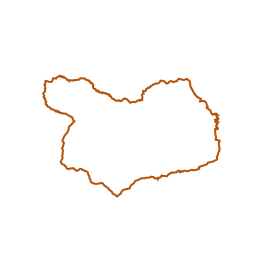 outline of Moroeni, Dâmbovita, Romania, rotated 292°
{"feature_id": "2599482B64065546523837", "entity_name": "Moroeni", "entity_type": "district", "adm_level": 2, "iso_a3": "ROU", "parent_name": "Romania", "parent_adm1": "Dâmbovita", "projection": "albers", "projection_center": [25.447, 45.318], "detail": "fine", "context": "isolated", "style": "outline", "palette": "amber", "viewbox_px": 256, "rotation_deg": 292, "n_neighbors": 0, "source": "geoboundaries", "source_scale": "gbopen_adm2", "svg_char_len": 5828}
<svg xmlns="http://www.w3.org/2000/svg" viewBox="0 0 256 256"><g transform="rotate(292 128 128)"><path d="M173.0,202.0L172.3,201.8L172.0,201.3L172.7,200.4L173.1,199.4L175.0,198.0L175.5,196.7L175.5,195.9L176.0,194.6L175.9,193.9L176.3,193.8L176.4,193.6L176.7,194.0L177.7,193.9L178.8,192.3L179.9,191.7L181.3,190.0L181.6,189.2L181.0,187.7L181.0,187.2L179.7,184.8L182.3,184.7L182.3,182.9L182.8,181.6L182.5,181.1L182.6,180.6L183.1,180.0L183.2,179.1L184.3,177.8L184.2,177.1L184.8,176.9L186.2,174.8L186.5,174.6L186.5,174.3L188.8,171.9L188.8,171.5L189.8,170.4L191.4,169.5L192.2,169.3L193.1,168.3L194.5,167.9L194.9,166.8L194.9,165.9L195.6,164.4L195.2,164.2L194.7,163.0L193.9,162.5L193.4,161.8L193.1,160.4L193.2,159.0L192.8,158.3L192.8,156.9L191.6,156.1L189.9,155.9L188.4,153.8L187.4,152.7L187.7,151.3L187.7,150.4L187.4,149.9L185.9,148.7L184.7,148.5L183.7,147.3L183.6,146.7L184.1,146.1L184.4,145.0L185.0,143.8L185.0,143.1L184.1,141.0L184.1,140.5L183.1,140.4L181.2,139.7L179.9,138.1L179.2,136.6L178.3,136.0L177.5,134.8L176.5,134.5L174.9,133.1L174.0,133.3L173.3,132.4L173.0,131.7L172.6,131.9L172.1,131.2L171.4,130.8L171.0,130.3L170.1,130.2L169.4,130.5L168.7,130.3L168.3,129.5L168.2,128.4L168.0,128.1L165.9,129.2L165.6,129.6L165.3,129.1L164.7,128.8L163.7,128.5L162.8,129.4L161.6,130.0L160.2,130.1L159.3,130.7L159.1,130.1L158.5,129.6L158.5,128.6L157.9,128.7L157.3,126.9L154.7,125.1L154.0,122.7L152.7,120.9L152.2,120.7L154.1,116.6L154.0,115.6L154.3,113.8L152.6,112.6L150.9,112.1L150.7,111.3L149.9,110.8L150.2,109.7L150.1,108.9L149.7,108.6L149.3,108.0L148.7,105.9L149.6,104.3L149.3,103.2L149.6,101.5L150.9,100.5L151.2,99.5L150.8,99.0L150.9,98.3L152.0,98.1L152.0,97.2L151.7,96.6L151.9,96.2L151.4,95.4L151.6,94.6L151.9,94.4L151.4,92.7L151.4,91.7L150.6,90.8L151.1,90.6L150.6,90.2L150.6,88.4L150.9,88.1L150.7,87.8L150.3,87.7L150.3,87.3L150.7,87.3L151.3,86.7L151.5,86.0L151.0,85.2L150.5,84.8L151.7,83.6L151.9,83.0L151.7,81.9L151.9,81.0L153.3,80.1L153.3,79.9L154.1,79.7L154.5,79.9L155.8,78.6L155.6,78.4L155.7,78.2L155.8,77.5L155.6,77.2L155.8,76.9L155.8,76.6L156.3,76.3L156.1,76.0L156.5,75.2L157.0,74.9L157.0,74.1L157.4,74.0L157.2,72.7L157.3,72.4L157.0,70.9L157.6,70.0L157.7,69.2L156.9,67.6L156.9,66.8L156.2,65.2L154.4,64.4L153.7,63.3L153.7,62.7L152.6,61.2L152.5,60.3L151.3,59.5L151.3,58.3L150.5,56.7L149.7,56.3L150.5,56.0L149.8,55.9L150.3,55.4L150.2,54.7L149.6,53.7L150.8,52.1L150.5,48.2L151.0,48.9L151.4,48.9L151.2,48.3L151.1,46.9L150.9,46.4L151.0,45.9L150.9,45.1L147.9,42.9L146.8,42.7L146.8,42.2L146.3,41.1L146.2,40.3L145.8,39.9L142.6,40.2L142.3,40.0L141.3,38.1L141.0,34.2L140.8,33.9L140.5,33.8L139.2,34.5L137.4,34.8L137.1,34.4L136.5,34.5L135.9,35.3L134.0,36.5L133.3,36.3L132.8,36.8L132.0,36.9L131.1,37.4L128.4,36.4L127.3,37.2L126.9,37.9L126.2,38.2L125.4,38.1L125.2,38.6L124.8,38.6L124.9,39.3L124.2,39.8L124.0,40.2L123.4,40.1L122.5,41.1L122.3,41.6L121.7,42.4L120.5,42.2L119.4,42.6L119.2,42.9L119.2,43.8L119.0,44.3L118.4,44.3L118.0,45.0L117.8,46.0L117.9,46.7L117.7,48.1L116.6,49.9L117.1,51.0L116.9,52.9L116.4,54.6L117.0,54.7L117.3,55.3L117.1,55.7L116.5,56.2L116.5,57.6L116.6,57.9L117.3,57.7L116.6,59.3L116.8,60.6L117.1,60.8L116.9,61.6L117.2,61.9L117.1,62.4L118.0,64.8L117.2,68.7L117.4,69.8L117.1,70.5L116.9,72.5L116.0,72.9L115.5,73.7L114.1,75.0L114.1,75.7L108.9,73.8L107.9,73.0L105.9,73.0L104.4,73.5L100.8,73.4L98.0,72.3L95.7,71.9L94.5,72.1L92.7,71.8L91.8,71.9L90.8,72.9L90.4,73.5L90.3,74.1L86.1,74.7L84.4,74.4L83.3,75.7L81.8,76.5L80.0,76.8L79.1,77.3L77.2,77.5L76.1,78.4L75.0,78.7L74.0,78.4L71.3,78.3L70.5,79.2L70.3,80.0L69.8,80.6L69.8,83.1L68.9,84.3L68.9,85.2L68.0,85.9L67.6,86.5L67.5,88.3L69.1,89.9L69.6,91.5L70.4,92.2L69.9,93.1L69.8,94.1L69.0,95.8L69.0,96.3L70.5,98.0L72.0,98.7L72.3,99.1L72.4,100.1L72.3,100.7L72.5,101.0L72.1,101.9L72.3,102.8L71.9,104.2L72.2,104.9L72.3,105.8L71.8,107.3L70.2,108.4L68.7,110.2L66.8,111.3L65.7,112.8L64.3,113.6L63.8,114.4L63.7,116.6L64.1,119.1L66.1,122.7L66.8,123.4L67.2,124.5L67.2,125.2L66.6,126.1L65.7,128.0L64.9,132.0L63.8,133.4L62.9,136.7L62.3,137.8L61.6,138.0L61.3,138.4L61.3,140.6L60.9,142.2L60.4,142.9L60.6,143.7L63.3,144.9L64.3,145.8L66.2,145.8L68.3,146.3L69.1,147.4L70.7,149.0L71.0,149.9L72.1,151.3L72.5,152.2L74.0,152.1L76.5,152.5L78.8,154.1L81.2,154.4L82.3,155.1L83.1,156.6L85.4,158.3L86.9,160.1L87.7,162.4L89.0,163.9L89.8,166.0L91.6,167.8L92.0,170.1L91.3,171.5L91.2,172.0L92.2,173.3L92.2,174.0L92.6,174.3L91.8,174.9L92.9,175.0L93.6,175.4L94.1,176.4L96.7,177.1L96.8,177.4L96.5,177.9L96.4,178.2L96.9,179.0L97.7,181.4L97.6,182.0L97.8,182.2L100.6,183.1L101.1,183.5L101.6,184.3L102.4,184.8L103.1,184.9L103.4,186.6L104.5,188.2L104.9,189.4L107.1,190.5L107.6,191.4L106.4,192.5L106.5,193.0L107.1,193.4L107.3,193.8L108.0,193.7L108.0,194.6L108.5,195.5L109.2,195.7L109.4,196.4L109.9,197.2L110.1,197.9L109.9,198.3L109.9,198.9L111.0,200.5L113.0,202.4L113.3,203.5L113.2,204.1L113.5,204.9L114.5,206.5L115.5,207.6L116.0,208.7L116.9,209.3L117.5,209.1L117.8,208.6L118.5,208.5L118.8,208.8L123.9,214.8L125.8,215.1L128.8,219.4L131.8,222.1L133.2,222.2L134.8,221.1L136.6,221.4L139.2,220.9L140.7,221.2L142.3,221.0L147.9,217.9L148.5,217.8L150.2,218.0L150.5,217.7L150.6,217.3L150.0,213.6L151.9,213.4L154.2,211.8L159.5,209.1L159.8,209.4L160.1,210.7L161.0,211.7L161.8,211.0L161.7,210.3L162.5,209.5L162.3,209.2L162.5,208.9L163.2,209.0L163.1,209.4L163.8,209.0L164.4,209.2L165.0,208.7L165.3,209.0L165.4,208.7L165.8,208.5L166.3,208.8L166.1,208.4L166.3,208.3L168.0,208.2L167.8,207.8L167.9,207.3L166.4,207.2L166.5,206.8L166.0,206.9L166.5,206.5L167.6,206.4L167.9,206.0L168.0,206.3L168.3,206.5L169.1,206.4L169.3,206.8L169.2,207.1L169.6,207.6L169.8,207.0L170.4,207.1L170.1,207.7L170.4,208.0L170.8,207.5L171.0,206.1L171.1,206.4L171.0,206.8L171.4,207.2L172.2,205.7L173.0,205.7L173.0,205.4L173.2,205.6L173.4,205.3L173.7,205.9L173.9,204.9L174.4,204.7L174.1,203.6L173.0,202.4L173.0,202.0Z" fill="none" stroke="#b45309" stroke-width="2"/></g></svg>